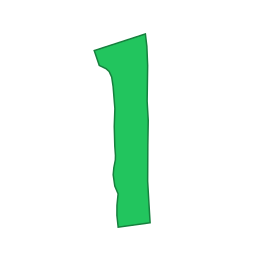 Vao, Tuvalu (Natural Earth projection), rotated 214°
{"feature_id": "33948139B47278370345205", "entity_name": "Vao", "entity_type": "district", "adm_level": 2, "iso_a3": "TUV", "parent_name": "Tuvalu", "parent_adm1": "", "projection": "natural_earth1", "projection_center": [176.121, -5.68], "detail": "fine", "context": "isolated", "style": "filled", "palette": "green", "viewbox_px": 256, "rotation_deg": 214, "n_neighbors": 0, "source": "geoboundaries", "source_scale": "gbopen_adm2", "svg_char_len": 486}
<svg xmlns="http://www.w3.org/2000/svg" viewBox="0 0 256 256"><g transform="rotate(214 128 128)"><path d="M56.7,61.8L69.4,78.4L81.9,94.8L102.0,124.9L115.4,145.5L127.1,160.9L146.6,190.7L158.0,206.2L166.2,215.7L199.3,173.3L186.8,163.8L179.3,164.9L175.2,164.3L170.0,161.1L163.5,154.0L149.7,136.7L140.2,121.5L128.9,105.7L123.1,98.3L120.6,94.4L117.5,87.1L114.1,80.9L106.5,72.5L99.4,67.9L93.9,57.7L88.3,49.3L80.7,40.3L56.7,61.8Z" fill="#22c55e" stroke="#15803d" stroke-width="1.5"/></g></svg>